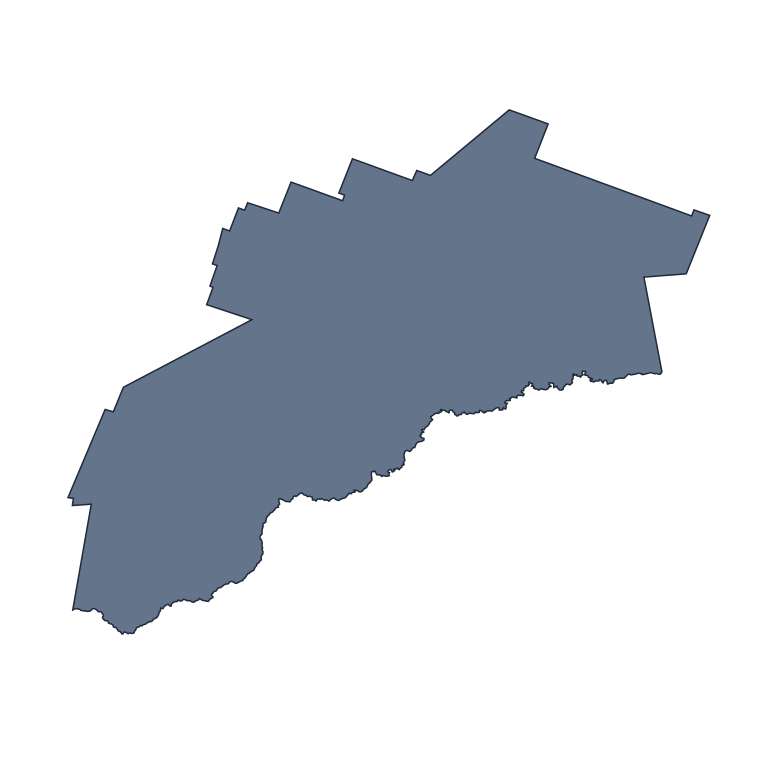 Sarmiento, Santiago del Estero, Argentina (Natural Earth projection), rotated 100°
{"feature_id": "61730980B44188734520902", "entity_name": "Sarmiento", "entity_type": "district", "adm_level": 2, "iso_a3": "ARG", "parent_name": "Argentina", "parent_adm1": "Santiago del Estero", "projection": "natural_earth1", "projection_center": [-63.319, -28.083], "detail": "fine", "context": "isolated", "style": "filled", "palette": "slate", "viewbox_px": 768, "rotation_deg": 100, "n_neighbors": 0, "source": "geoboundaries", "source_scale": "gbopen_adm2", "svg_char_len": 6168}
<svg xmlns="http://www.w3.org/2000/svg" viewBox="0 0 768 768"><g transform="rotate(100 384 384)"><path d="M659.6,639.6L659.1,639.0L659.6,637.4L658.9,634.3L657.6,633.0L656.0,632.2L655.4,629.9L656.4,627.7L657.8,625.9L657.4,623.1L660.2,620.3L661.2,620.0L662.5,620.8L663.8,620.1L665.1,618.4L665.5,617.5L665.2,615.4L665.5,614.8L667.3,613.7L667.9,610.0L668.3,609.2L670.3,608.2L670.4,605.5L673.2,603.0L673.8,600.5L675.7,598.6L675.4,597.7L673.8,597.1L673.1,596.2L674.3,592.6L673.2,590.7L673.5,588.7L672.5,587.0L670.5,586.6L669.1,585.7L667.6,585.6L666.5,584.9L665.9,583.3L664.2,581.8L664.2,580.4L662.8,579.4L661.9,577.1L660.6,576.2L659.7,574.6L658.9,574.4L658.3,571.6L655.6,570.0L653.4,567.1L650.0,565.8L647.7,565.9L646.3,564.8L643.4,565.0L643.6,562.6L641.3,561.9L638.9,559.3L638.5,558.3L639.5,556.8L639.9,555.7L639.7,555.1L637.5,555.1L635.9,553.8L634.5,551.7L634.2,550.1L632.4,549.1L632.9,548.1L633.1,546.8L632.7,545.6L630.8,544.1L631.1,541.5L631.7,540.1L631.0,537.6L631.8,535.9L632.1,533.6L630.2,531.6L628.8,529.1L627.2,528.5L628.5,525.5L628.7,519.4L626.0,517.9L624.0,515.4L623.2,515.6L622.1,517.2L620.3,517.1L619.4,516.0L617.9,515.4L617.0,513.4L613.6,512.0L612.8,509.5L609.4,506.5L608.3,504.5L607.9,502.8L605.3,501.2L604.8,499.5L605.4,496.9L606.0,496.3L605.8,494.4L602.6,490.3L602.1,489.0L600.6,488.5L598.8,487.0L594.4,485.2L594.0,484.0L591.8,482.5L591.7,481.8L589.7,479.8L586.7,479.1L585.1,477.9L583.3,478.0L581.8,476.2L580.2,475.7L578.6,474.3L574.9,475.0L574.0,474.9L573.0,473.9L570.4,474.0L568.2,475.2L566.0,475.2L565.6,475.9L561.1,476.5L558.3,478.1L558.1,478.9L556.3,479.7L555.6,479.7L552.9,478.1L548.8,478.8L545.0,478.3L544.7,478.8L543.5,478.8L542.5,478.6L540.5,476.4L536.8,476.6L534.1,475.6L532.6,474.3L531.3,474.0L529.4,471.6L526.5,469.6L525.0,469.4L523.6,466.6L522.0,467.3L520.5,465.9L517.9,467.1L515.3,467.5L514.9,466.9L515.5,464.9L515.2,464.1L516.1,462.3L516.8,459.9L516.3,457.8L516.6,456.9L516.0,455.8L513.9,455.3L512.9,453.9L510.7,453.8L509.7,452.4L510.0,451.3L508.9,449.7L507.5,448.9L505.7,446.7L505.8,445.4L507.0,443.7L507.3,441.1L508.2,440.0L507.5,438.2L507.8,435.1L510.6,434.3L510.3,432.2L511.0,430.9L511.0,430.5L509.9,430.2L508.5,429.2L508.7,426.7L507.7,425.6L508.8,422.4L508.1,420.2L508.9,417.8L506.1,415.8L505.1,413.9L505.1,413.1L506.2,411.2L506.7,408.7L504.2,405.5L502.7,402.3L497.5,399.2L497.9,397.5L496.0,396.0L495.6,394.0L494.6,393.8L494.4,394.6L493.5,394.8L493.7,392.5L493.4,391.7L494.4,390.2L494.4,388.8L493.9,387.6L493.0,386.6L491.0,385.7L489.0,383.2L485.1,382.2L483.9,380.9L480.6,379.2L475.3,380.8L472.4,380.9L472.1,379.0L471.4,378.3L471.8,377.3L472.7,377.0L474.7,375.1L474.1,371.5L475.4,370.6L475.4,370.1L474.4,368.9L474.5,365.5L473.4,362.9L471.8,363.6L470.3,363.2L470.2,364.6L469.5,365.0L468.3,364.8L467.2,363.1L467.5,361.6L469.0,360.9L469.1,360.1L467.4,358.5L466.7,358.8L466.8,359.3L466.1,359.4L465.8,358.6L465.9,357.8L464.5,356.3L464.5,355.7L465.5,355.1L465.6,354.0L464.0,353.4L462.9,352.0L461.2,352.3L460.7,351.7L460.6,350.9L459.9,350.3L459.4,350.3L459.4,350.9L457.7,351.2L455.6,350.2L450.5,352.1L446.9,351.7L445.6,350.4L445.4,349.2L446.0,347.1L445.2,346.1L441.9,344.5L441.2,342.7L437.2,341.9L436.0,341.1L435.2,340.3L434.0,337.1L432.5,335.1L430.8,335.1L430.5,336.9L429.0,339.5L428.4,339.5L427.2,338.2L425.7,338.8L424.8,337.3L424.8,336.6L424.2,336.6L423.3,338.7L422.6,338.9L422.1,338.2L421.9,336.5L419.5,335.7L417.9,333.8L416.0,332.8L413.6,332.2L411.2,330.2L410.6,330.0L408.8,332.3L408.0,332.2L403.9,328.1L403.4,325.0L402.2,325.1L401.7,323.1L401.2,322.5L400.6,322.6L400.0,323.8L399.4,323.8L399.1,322.6L399.6,321.5L399.5,318.9L400.4,318.0L400.4,316.4L401.1,315.3L400.7,314.9L399.1,315.0L398.4,314.5L398.0,314.0L397.9,312.3L399.3,311.2L400.1,309.5L401.8,309.0L401.8,308.1L402.8,306.7L402.8,306.1L401.1,304.8L400.8,302.9L398.9,301.7L397.7,299.9L398.9,298.7L399.4,297.3L399.3,296.3L398.0,295.1L397.7,290.1L395.8,289.0L396.2,288.1L395.4,285.2L393.5,285.5L393.3,284.9L393.6,283.0L395.1,280.9L395.1,280.4L393.7,280.0L394.1,278.9L392.5,277.7L391.9,272.9L388.4,269.7L387.4,267.8L387.7,266.5L389.7,265.8L388.8,262.6L386.7,262.4L387.6,260.0L386.7,259.6L383.6,260.1L381.6,259.2L381.6,261.5L381.3,261.8L379.8,261.3L379.2,260.6L378.3,256.8L377.4,257.0L376.7,257.8L375.8,256.5L374.6,255.8L374.6,250.7L372.9,251.2L371.6,249.4L371.7,247.9L371.1,246.6L371.5,245.7L371.2,244.6L369.8,244.3L368.2,246.6L368.2,247.3L366.9,247.4L366.4,246.9L366.4,245.4L363.9,245.5L362.4,243.9L361.2,243.7L361.1,242.0L359.3,240.9L359.0,241.4L357.5,241.8L356.9,241.4L357.8,239.4L358.1,237.5L360.5,238.1L360.1,236.6L360.3,236.2L362.0,235.9L362.0,234.8L362.7,234.3L362.3,232.5L363.2,230.5L361.4,228.8L361.7,224.0L360.3,221.7L357.7,220.7L357.7,219.3L357.3,219.1L355.5,221.6L354.1,221.6L354.0,220.9L354.0,217.2L358.0,216.0L356.1,213.4L357.7,212.5L359.4,210.2L359.1,207.8L358.1,206.7L356.5,206.8L353.0,204.7L352.2,203.6L352.5,200.6L350.1,198.7L347.2,199.7L346.2,198.8L343.6,199.0L342.1,199.7L341.4,199.5L341.2,198.9L342.3,198.3L342.3,197.7L341.3,196.5L341.3,196.0L342.0,196.0L342.5,195.4L342.5,192.9L343.1,191.6L341.8,191.3L340.4,189.6L339.2,190.5L337.4,191.0L336.9,190.7L336.7,187.9L336.9,187.4L340.0,188.1L340.5,187.1L340.2,185.1L341.0,184.1L342.0,183.8L342.6,179.9L343.1,179.6L343.7,180.3L343.7,181.5L344.2,181.8L345.4,181.2L345.5,177.5L344.4,176.7L343.7,172.9L342.2,172.6L342.3,171.0L344.0,169.9L344.8,168.5L343.1,168.3L341.6,166.1L343.3,164.4L344.6,164.3L345.3,163.6L343.9,161.5L343.6,159.1L342.2,158.2L339.6,158.0L337.4,153.3L336.5,148.4L332.4,145.6L331.6,144.2L332.2,142.7L330.7,138.2L329.2,135.5L329.1,132.2L329.7,132.1L329.8,130.7L326.5,123.4L326.9,118.7L326.3,117.8L326.7,114.7L326.3,113.5L325.5,113.0L324.0,113.0L323.8,112.4L233.6,146.6L223.0,105.5L161.4,92.5L158.7,109.0L165.1,110.2L135.6,274.8L99.4,267.5L92.3,308.3L170.5,374.5L168.0,388.8L178.7,391.4L167.7,454.2L203.8,461.6L204.9,455.6L210.7,456.6L201.3,510.6L233.9,517.3L229.2,549.8L237.0,551.4L235.9,557.9L260.1,562.6L258.8,569.8L276.5,571.2L295.5,573.8L296.3,568.9L317.8,572.4L318.5,569.2L336.7,572.4L343.6,525.3L432.5,640.1L458.4,645.7L457.5,654.2L550.8,675.5L550.6,670.0L557.8,669.8L553.2,651.4L660.6,651.3L658.7,648.7L658.7,644.6L659.6,643.0L659.6,639.6Z" fill="#64748b" stroke="#1e293b" stroke-width="1.5"/></g></svg>